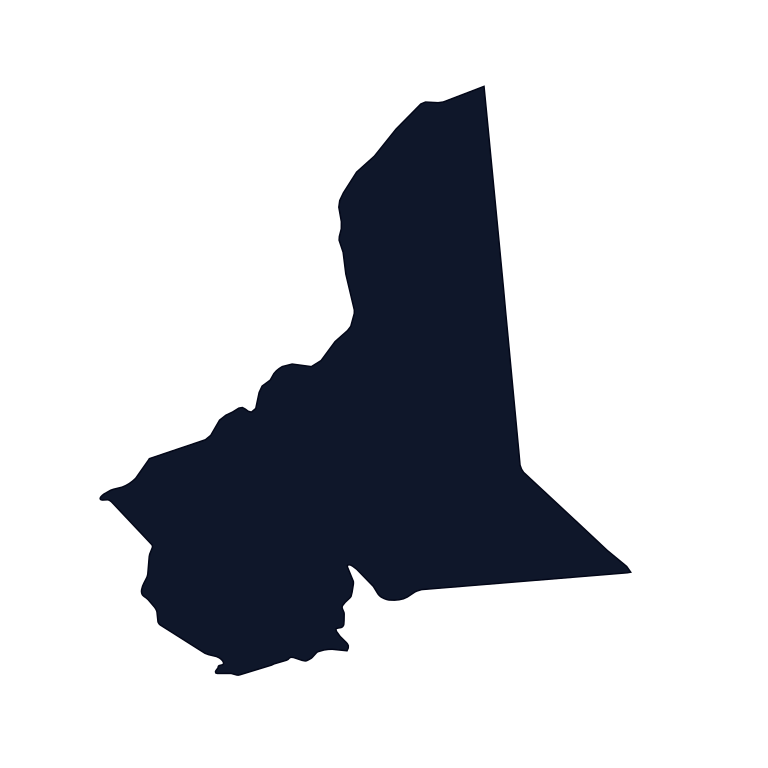 an SVG outline of Tataouine, rotated 187°
{"feature_id": "TUN-98", "entity_name": "Tataouine", "entity_type": "Governorate", "adm_level": 1, "iso_a3": "TUN", "parent_name": "Tunisia", "parent_adm1": "", "projection": "mercator", "projection_center": [10.291, 31.745], "detail": "fine", "context": "isolated", "style": "filled", "palette": "ink", "viewbox_px": 768, "rotation_deg": 187, "n_neighbors": 0, "source": "natural_earth", "source_scale": "10m", "svg_char_len": 2921}
<svg xmlns="http://www.w3.org/2000/svg" viewBox="0 0 768 768"><g transform="rotate(187 384 384)"><path d="M607.8,281.3L554.5,306.9L549.7,311.9L542.8,328.1L537.1,333.8L530.9,337.7L525.1,342.4L521.7,343.4L518.6,342.2L515.5,340.4L512.2,339.9L508.3,344.1L506.9,360.4L504.7,367.1L497.4,374.0L494.5,381.0L492.4,384.0L489.9,386.6L487.1,388.9L477.6,392.6L458.2,392.4L449.3,399.6L437.7,420.2L426.7,432.6L424.0,437.2L422.1,450.4L422.5,453.9L435.3,488.5L440.6,509.7L446.1,521.3L446.3,525.0L445.3,532.8L446.1,539.9L450.4,554.0L450.3,560.7L447.6,568.8L437.0,591.0L421.3,609.0L403.1,638.5L381.6,666.4L377.2,668.9L364.6,669.8L359.6,671.1L321.0,691.6L316.1,669.6L311.2,647.6L306.3,625.5L301.4,603.5L296.5,581.4L291.6,559.3L286.7,537.2L281.8,515.0L276.9,492.8L272.1,470.6L267.2,448.4L262.3,426.1L257.4,403.8L252.5,381.5L247.6,359.2L242.7,336.8L242.2,334.6L239.1,320.1L237.1,316.2L234.7,313.3L205.7,292.3L169.6,266.1L142.1,246.0L120.9,232.5L116.2,227.3L119.4,226.3L321.7,184.5L326.1,182.5L327.9,181.4L334.9,175.4L338.5,173.2L342.7,171.7L347.3,170.7L352.8,170.2L354.9,170.4L357.6,171.0L360.7,172.1L362.2,173.0L363.7,174.2L364.4,174.9L369.9,181.8L388.5,196.8L392.8,199.3L394.7,200.1L395.6,200.3L396.3,200.3L397.1,200.2L397.8,199.8L398.3,199.1L397.8,197.6L397.3,196.7L390.4,184.4L390.2,183.6L390.0,181.9L390.3,173.5L390.8,169.3L391.2,168.5L391.7,167.7L396.0,162.5L398.0,159.2L398.3,158.4L398.4,157.4L398.1,156.3L397.2,154.6L395.9,152.4L395.5,150.9L394.8,144.3L394.6,140.6L394.7,139.8L395.0,139.0L395.4,138.3L395.9,137.7L396.6,137.2L397.3,136.9L399.4,136.3L401.0,135.7L401.7,135.2L401.7,134.1L401.0,132.6L396.8,128.1L389.8,122.7L388.9,121.9L388.2,121.0L387.5,119.8L387.4,118.6L387.3,117.7L388.2,114.7L403.1,114.4L406.9,113.8L411.1,112.7L417.0,110.2L417.7,109.7L418.3,109.0L421.9,103.9L422.8,102.9L424.0,102.0L426.1,100.5L427.3,99.8L428.4,99.5L431.6,99.7L440.4,101.5L442.5,101.5L443.7,101.1L444.5,100.5L445.7,98.9L447.2,97.9L459.0,92.8L461.3,91.3L491.6,77.8L493.0,77.3L494.5,77.2L500.5,78.1L513.9,76.4L515.6,76.6L516.0,77.3L516.2,78.0L516.0,78.7L515.7,79.4L514.4,81.6L514.1,82.3L514.1,83.1L513.9,83.8L513.4,84.4L510.0,85.7L509.5,86.3L509.2,86.9L509.3,87.7L509.6,88.4L510.1,89.1L510.8,89.9L512.5,91.2L514.1,92.1L517.1,93.1L525.1,94.0L528.9,94.9L576.6,117.5L577.6,118.1L578.3,118.9L578.8,119.5L579.2,120.1L579.4,120.6L581.6,130.2L582.1,131.3L583.2,133.0L584.5,134.5L591.8,141.2L594.0,142.7L596.1,143.8L597.3,144.6L598.2,145.4L598.6,146.1L599.0,146.9L599.4,148.3L599.5,149.0L599.5,150.4L599.0,153.9L598.0,157.2L595.8,163.2L595.5,164.7L595.3,166.5L596.0,184.1L595.8,186.6L594.1,193.0L594.0,193.8L594.0,194.6L594.3,195.4L594.8,196.2L640.2,233.9L641.8,234.8L643.1,235.3L644.3,235.4L649.2,234.5L650.7,234.6L651.5,235.1L651.8,235.9L651.6,236.8L651.2,237.6L650.0,239.2L648.5,240.7L642.3,245.3L639.6,246.6L631.4,249.7L628.0,251.7L624.9,254.0L621.9,256.8L619.0,260.1L607.8,281.1L607.8,281.3Z" fill="#0f172a" stroke="#020617" stroke-width="1.5"/></g></svg>